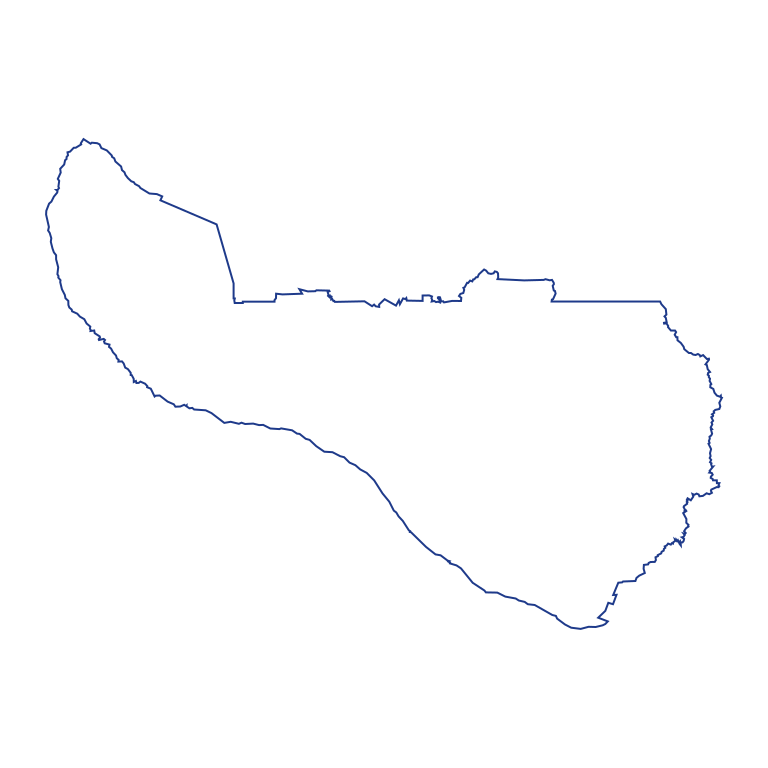 outline of South Taranaki District, Taranaki, New Zealand
{"feature_id": "76426892B20989652719934", "entity_name": "South Taranaki District", "entity_type": "district", "adm_level": 2, "iso_a3": "NZL", "parent_name": "New Zealand", "parent_adm1": "Taranaki", "projection": "albers", "projection_center": [174.317, -39.522], "detail": "fine", "context": "isolated", "style": "outline", "palette": "blue", "viewbox_px": 768, "rotation_deg": 0, "n_neighbors": 0, "source": "geoboundaries", "source_scale": "gbopen_adm2", "svg_char_len": 6059}
<svg xmlns="http://www.w3.org/2000/svg" viewBox="0 0 768 768"><path d="M83.5,139.1L80.8,143.3L81.2,144.4L75.8,147.7L73.7,147.8L70.1,151.6L67.5,152.3L68.0,155.3L66.6,157.0L66.5,159.1L65.1,160.2L64.2,164.5L60.2,168.8L60.7,172.6L57.8,178.9L59.2,180.9L58.4,186.6L59.0,188.1L57.5,190.0L56.4,190.0L57.5,191.0L57.2,192.6L53.9,196.6L51.4,201.6L49.1,203.6L46.3,210.8L46.1,214.6L48.9,227.0L48.1,230.5L49.7,232.9L51.3,238.2L50.8,241.8L52.5,248.5L53.9,252.4L56.1,255.2L56.1,259.3L58.2,267.3L57.4,274.2L58.5,276.1L58.3,277.6L60.5,280.2L60.2,282.1L61.9,289.2L64.8,294.9L65.5,298.3L68.3,300.9L68.4,305.0L69.3,307.5L71.7,309.6L72.1,311.3L77.3,313.7L79.9,316.6L84.3,319.2L86.6,323.5L90.3,326.6L89.9,328.7L90.7,330.0L90.5,331.0L94.2,330.5L94.7,333.2L99.7,336.4L100.0,337.5L98.7,339.2L99.0,340.0L103.7,338.9L105.0,340.0L104.0,341.5L104.7,343.3L109.5,344.6L109.0,346.9L111.1,348.6L113.0,352.3L116.0,355.5L116.8,358.3L118.6,359.8L118.4,361.6L122.0,361.4L123.7,363.5L125.2,367.6L127.9,369.1L130.7,372.8L130.7,375.0L131.7,375.1L133.7,378.8L133.8,382.0L135.9,381.0L136.4,383.0L138.7,382.9L140.4,381.6L145.1,383.7L147.3,386.1L147.1,387.2L150.8,388.7L154.6,396.5L155.6,395.7L159.7,395.5L167.6,401.6L173.8,404.3L175.4,406.7L180.3,406.5L184.2,404.8L186.0,406.0L186.6,405.4L186.6,406.4L189.4,408.3L192.3,407.9L194.1,409.5L205.7,410.3L211.5,413.1L224.3,422.9L230.7,421.8L238.9,423.8L241.5,422.7L245.1,424.0L253.2,423.6L259.1,425.1L263.2,424.9L270.3,428.5L279.4,429.1L281.1,428.4L292.1,430.3L297.0,433.6L299.6,433.9L305.7,438.8L309.6,439.9L316.3,446.2L324.3,451.7L332.5,452.2L340.2,456.2L344.1,457.2L349.5,462.6L355.4,465.2L360.2,469.4L366.7,472.9L374.2,480.4L382.5,493.4L389.3,501.7L393.8,510.6L396.3,512.5L398.6,516.4L402.8,520.9L408.9,530.4L410.1,531.1L409.9,532.0L411.0,532.2L426.0,546.9L435.5,554.4L440.6,555.3L447.6,560.6L449.3,561.1L448.5,561.7L450.1,562.6L449.9,563.4L456.5,565.4L461.0,568.4L472.7,582.8L484.4,590.5L485.9,592.4L497.3,592.6L505.3,596.6L515.7,598.5L518.8,600.5L524.7,601.9L527.8,604.2L534.7,605.0L552.3,615.0L555.9,615.9L557.1,618.6L565.0,624.5L571.2,627.7L580.7,628.9L588.6,626.8L595.7,627.0L602.7,625.3L605.3,624.0L607.8,621.4L598.2,617.7L605.3,610.9L608.3,602.8L613.0,604.2L616.5,594.8L613.2,595.0L618.3,582.7L622.1,582.4L623.0,581.5L635.4,581.0L636.5,577.9L639.3,575.6L644.8,573.0L643.6,568.8L643.9,564.9L648.1,564.4L648.7,562.9L650.6,562.0L654.8,561.9L655.9,560.0L655.5,557.3L657.9,556.1L657.8,555.1L661.2,553.4L661.6,551.8L663.7,550.6L663.9,548.9L665.3,547.8L664.7,546.4L666.6,545.5L668.1,543.6L670.8,544.6L671.8,543.2L673.0,543.6L673.2,542.3L675.4,540.8L675.0,539.6L676.2,540.6L676.3,539.8L677.2,541.1L677.9,540.2L678.9,542.3L679.8,541.5L679.5,543.7L680.8,545.4L680.6,542.3L682.5,542.4L683.6,541.0L684.1,538.9L681.9,537.3L683.5,536.9L684.7,535.1L683.6,533.6L684.9,534.0L685.7,533.0L684.1,531.2L686.0,528.3L688.3,526.7L687.9,526.4L688.5,524.9L686.3,522.8L686.4,519.0L683.2,513.1L686.3,511.0L685.7,510.1L684.6,510.3L684.8,509.4L683.6,507.1L684.0,506.1L687.1,503.8L686.8,502.9L687.5,502.1L686.8,501.2L687.9,499.8L687.0,499.5L687.6,498.3L690.8,500.3L693.3,496.6L692.5,494.0L694.3,494.8L696.6,493.6L698.7,494.5L699.4,496.3L702.9,495.9L706.6,493.3L709.3,494.2L711.9,492.8L710.9,490.8L711.3,489.6L716.7,487.1L718.6,487.2L719.3,486.2L718.5,485.3L719.4,483.1L716.9,483.1L716.8,480.3L713.0,480.3L712.7,479.0L710.7,477.9L710.9,476.6L712.7,474.7L711.8,473.0L709.4,472.6L710.1,471.8L709.6,470.9L713.1,466.6L712.0,466.8L711.1,464.2L711.5,463.3L710.0,462.2L711.2,459.9L709.7,458.0L710.6,456.1L710.0,453.2L711.1,449.1L708.5,443.7L709.6,442.9L708.9,441.0L709.8,438.7L709.5,436.7L711.2,435.5L712.1,433.7L710.9,429.3L712.0,429.1L710.7,427.4L712.3,424.4L711.5,422.5L713.1,420.8L711.3,417.2L712.9,416.3L713.1,415.4L712.0,414.3L714.2,412.8L713.7,411.3L715.3,409.9L719.3,409.0L720.3,406.4L719.3,402.8L721.9,397.8L721.0,397.5L720.8,395.7L719.9,396.7L716.9,395.6L714.5,392.7L713.3,388.9L710.3,387.3L710.4,384.9L711.3,384.1L709.6,380.9L710.0,378.7L708.8,377.1L708.9,375.7L707.7,374.7L708.2,372.8L710.0,372.0L707.7,369.2L706.8,365.0L705.5,364.4L709.0,359.7L708.9,358.7L706.9,359.0L703.1,355.1L700.3,356.4L699.8,355.1L697.9,354.0L695.6,355.0L693.2,354.6L691.0,353.0L688.9,353.0L684.3,349.2L683.6,346.7L680.8,342.9L677.5,340.3L677.4,337.2L676.2,337.2L674.7,334.7L676.1,332.1L675.0,330.5L670.9,330.5L668.0,327.1L668.2,326.0L666.5,323.4L664.1,323.6L664.0,322.8L666.7,322.3L665.8,317.9L664.5,316.4L666.4,314.6L665.8,309.1L661.4,304.2L660.1,301.5L551.6,301.5L551.9,299.6L553.1,299.1L555.6,293.6L555.0,291.0L553.8,290.5L552.7,285.8L553.9,284.1L553.7,282.7L552.0,279.9L549.7,280.3L545.5,279.2L543.7,279.9L524.2,280.4L497.5,279.1L498.2,277.4L498.0,273.3L496.8,271.9L494.8,271.4L493.6,273.3L491.0,273.9L488.3,273.3L486.1,270.6L484.1,269.5L478.8,274.4L477.6,277.2L476.2,277.2L474.3,279.3L473.2,279.4L472.3,281.4L470.1,280.6L468.1,283.0L467.1,282.8L464.6,287.4L463.4,287.8L464.2,289.9L463.3,293.0L460.4,293.9L459.0,296.0L461.3,297.8L461.0,301.0L452.2,300.9L444.0,302.4L443.2,301.3L441.2,301.5L440.0,297.3L438.8,297.1L437.9,297.4L437.9,298.2L439.5,299.7L439.9,302.4L438.1,301.7L436.0,302.1L434.3,301.0L431.7,301.5L432.2,299.9L431.4,298.2L432.0,296.5L429.2,295.4L422.6,295.5L422.6,300.9L406.8,300.6L406.3,298.1L405.4,299.1L403.1,298.4L399.9,304.2L398.9,300.3L396.0,305.6L384.6,299.2L379.1,304.5L379.2,306.9L375.7,306.3L374.1,304.6L372.1,306.2L364.5,301.3L334.9,301.9L334.3,300.9L333.4,301.1L332.3,299.1L331.2,299.5L331.2,297.3L332.2,296.3L330.5,296.8L330.1,296.0L329.5,297.2L328.0,295.8L328.5,294.9L327.6,291.8L329.5,291.2L329.2,290.6L316.4,290.3L315.3,291.2L307.8,291.4L299.4,289.2L302.1,293.7L282.5,294.4L276.1,293.7L276.0,298.2L274.5,300.2L274.5,301.7L242.8,301.7L242.8,303.0L234.7,303.0L234.3,300.4L234.8,298.5L233.6,298.4L233.6,283.4L216.6,224.4L160.4,200.3L162.2,196.4L156.9,194.1L149.4,193.5L140.4,188.0L139.1,186.2L135.0,184.0L133.8,182.2L131.3,181.3L127.9,178.1L125.4,174.8L124.5,172.3L122.0,170.1L121.1,166.5L115.4,161.5L114.2,158.3L112.0,156.8L111.8,155.5L106.8,150.4L101.4,148.1L99.6,144.4L97.2,143.2L91.8,142.7L90.6,143.7L83.5,139.1Z" fill="none" stroke="#1e3a8a" stroke-width="2"/></svg>